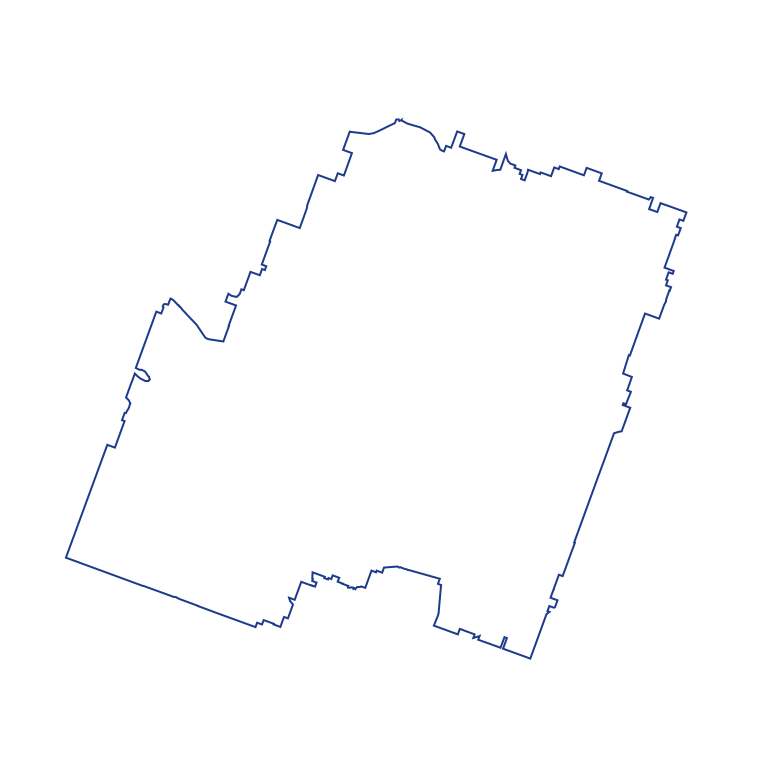 Broomehill-Tambellup, Western Australia, Australia, rotated 110°
{"feature_id": "25037944B2745809655475", "entity_name": "Broomehill-Tambellup", "entity_type": "district", "adm_level": 2, "iso_a3": "AUS", "parent_name": "Australia", "parent_adm1": "Western Australia", "projection": "albers", "projection_center": [117.654, -34.013], "detail": "fine", "context": "isolated", "style": "outline", "palette": "blue", "viewbox_px": 768, "rotation_deg": 110, "n_neighbors": 0, "source": "geoboundaries", "source_scale": "gbopen_adm2", "svg_char_len": 4990}
<svg xmlns="http://www.w3.org/2000/svg" viewBox="0 0 768 768"><g transform="rotate(110 384 384)"><path d="M123.2,158.5L119.3,158.5L119.4,176.7L119.4,180.6L119.5,180.6L119.5,186.0L128.9,186.0L129.0,194.7L117.1,194.8L117.1,197.2L120.1,198.2L120.1,210.3L120.2,221.4L119.5,221.4L119.5,251.4L115.6,251.4L111.6,251.4L111.6,267.5L119.5,267.5L119.5,280.9L119.5,290.3L119.5,293.3L122.3,293.3L122.3,298.1L131.6,298.1L131.6,309.2L133.4,309.2L133.4,321.9L136.2,321.5L144.5,321.5L144.5,325.3L140.2,325.4L140.2,328.4L136.2,328.4L136.2,335.3L133.7,335.3L133.7,340.6L132.0,343.9L126.2,348.1L142.9,348.0L144.4,351.3L144.5,351.5L146.3,354.4L146.5,354.8L134.8,354.8L134.9,386.5L134.9,394.0L122.4,394.0L122.5,394.2L122.0,394.3L121.6,394.3L121.7,401.6L139.0,401.7L139.0,407.1L144.9,407.1L144.8,410.0L144.6,411.1L144.0,412.0L139.9,415.6L136.7,419.7L135.0,421.1L131.9,426.7L130.4,437.9L131.1,447.4L131.3,451.0L130.3,458.0L130.0,458.0L130.4,458.3L131.6,459.5L130.3,460.8L131.4,463.0L135.1,463.0L139.9,467.7L145.1,472.7L147.7,475.2L149.2,476.8L151.5,479.1L152.9,481.4L154.3,483.7L154.8,486.0L158.4,501.1L158.6,502.5L158.9,502.5L178.0,502.5L178.0,493.1L197.4,493.0L201.8,493.0L201.8,497.8L201.8,499.5L210.1,499.5L210.2,517.4L231.3,517.3L242.1,517.3L244.9,516.6L258.0,516.5L266.3,516.5L266.3,540.4L279.9,540.5L288.7,540.5L288.9,539.7L289.2,539.7L289.5,539.7L300.0,539.7L313.5,539.7L313.6,534.9L317.7,534.9L317.7,537.9L324.3,537.9L324.3,547.8L335.3,547.8L343.8,547.8L343.8,550.4L345.8,550.4L348.9,550.4L352.6,552.2L353.3,557.5L352.4,561.1L360.8,561.1L360.8,549.9L382.4,549.9L382.4,549.5L392.2,549.5L392.9,549.5L394.3,549.5L399.0,549.5L401.1,560.2L401.8,563.7L401.9,564.3L401.9,564.6L401.9,564.9L401.9,565.3L401.9,565.6L401.9,566.0L401.8,566.3L401.8,566.6L401.7,567.0L401.6,567.3L401.5,567.6L401.3,567.9L401.2,568.2L401.0,568.5L400.8,568.8L400.6,569.1L398.6,571.9L392.4,580.4L387.5,590.3L384.1,596.9L383.0,599.3L382.5,599.6L380.6,603.3L380.9,603.3L379.0,607.1L377.6,609.9L377.3,610.5L377.1,611.2L377.0,611.9L376.8,612.8L376.8,613.9L377.5,613.9L383.3,614.0L383.6,616.5L384.0,617.8L385.3,618.4L386.9,618.4L387.4,617.4L393.9,617.4L393.9,622.7L398.0,622.7L413.7,622.7L430.8,622.7L443.1,622.7L450.3,622.7L453.8,622.7L454.2,619.7L454.2,618.0L453.5,616.8L454.0,612.8L457.4,608.1L457.4,607.5L457.6,607.4L459.8,605.6L461.8,606.5L462.8,609.4L462.2,614.7L460.9,618.6L459.4,621.7L466.7,621.7L467.2,621.7L471.5,621.8L484.9,621.8L486.6,618.2L489.2,615.6L489.5,615.7L489.8,615.8L490.3,615.9L491.0,615.8L491.7,615.7L492.2,615.6L493.0,615.6L493.9,615.7L494.7,615.7L495.5,615.9L496.4,616.1L497.1,616.3L497.8,616.4L498.6,616.5L499.3,616.6L499.6,616.6L499.7,617.0L499.7,617.4L499.8,617.8L502.0,617.8L507.6,617.8L507.6,615.1L532.7,615.1L535.8,615.1L535.8,623.2L656.0,623.5L656.1,584.9L656.2,541.9L656.0,540.7L656.0,508.7L655.4,506.7L656.0,502.9L656.1,482.8L656.3,482.8L656.3,478.2L656.3,477.9L656.4,464.7L656.4,428.7L656.4,421.6L651.7,421.6L651.7,416.4L647.0,416.3L647.0,405.5L647.7,405.5L647.7,398.3L637.1,398.3L637.1,394.1L636.9,394.1L631.7,394.1L622.4,394.1L619.9,398.2L617.3,400.1L617.3,394.1L598.2,394.1L598.2,383.1L598.2,382.7L598.0,382.8L598.0,379.5L593.7,379.5L593.6,384.1L591.6,384.1L591.5,384.8L585.4,386.7L585.4,384.5L585.4,373.7L586.8,373.7L586.8,369.8L585.3,369.8L585.3,366.8L581.4,366.8L581.4,359.8L585.6,359.9L585.7,354.5L586.0,354.6L586.0,354.2L586.0,348.8L586.5,349.1L587.6,348.1L587.3,347.7L587.2,346.4L586.2,345.1L585.9,343.5L587.0,342.7L585.9,341.8L586.6,340.8L584.0,339.8L582.7,336.7L582.0,336.2L582.0,331.9L581.9,331.9L563.6,331.9L563.7,327.1L561.9,327.1L561.9,321.2L556.5,321.2L552.3,312.0L550.9,308.9L551.3,306.9L550.6,306.2L550.7,302.2L550.4,298.7L550.7,297.8L550.3,296.9L548.2,268.7L548.0,265.3L548.0,264.9L553.3,265.0L553.4,261.6L553.5,261.6L573.3,256.3L580.4,254.4L581.4,254.2L582.5,254.1L594.0,254.5L594.0,254.3L594.0,249.6L594.0,229.0L588.2,229.0L588.3,213.2L592.1,213.2L589.1,209.2L588.8,208.5L588.5,208.3L588.2,208.0L592.1,208.0L592.0,195.4L592.0,195.1L592.0,184.3L580.7,184.2L580.7,181.6L592.0,181.6L592.0,169.7L592.0,156.9L592.0,152.6L583.7,152.6L563.6,152.6L550.2,152.6L544.7,152.6L541.6,150.6L541.6,152.7L536.1,152.7L536.1,147.9L535.3,147.0L527.9,147.0L527.9,154.4L526.5,154.4L519.6,154.4L519.6,154.2L519.0,154.2L519.0,154.4L503.4,154.4L503.4,150.4L497.4,150.4L491.8,150.4L490.6,150.4L482.9,150.4L479.3,150.4L478.5,150.4L467.9,150.3L467.9,151.1L458.2,151.1L450.2,151.1L438.0,151.1L411.4,151.1L396.9,151.1L382.7,151.0L368.5,151.0L351.6,151.0L348.4,146.7L347.3,144.7L347.2,144.5L322.1,144.5L322.1,152.5L320.2,152.4L320.3,149.7L306.9,149.3L306.8,153.4L304.2,153.3L298.8,153.4L292.6,153.5L292.4,162.9L273.1,163.8L273.1,162.7L267.8,162.7L244.6,162.8L228.5,162.8L228.5,147.8L214.0,147.8L210.1,147.3L207.8,147.8L198.7,147.9L198.7,147.4L194.8,147.4L194.9,152.7L189.5,152.8L189.5,154.7L181.7,154.7L181.7,150.4L178.7,150.4L178.7,160.2L162.6,160.2L147.9,160.3L147.9,160.5L143.8,160.5L143.8,158.5L136.0,158.5L136.0,162.6L128.3,162.6L128.3,158.5L123.2,158.5Z" fill="none" stroke="#1e3a8a" stroke-width="2"/></g></svg>